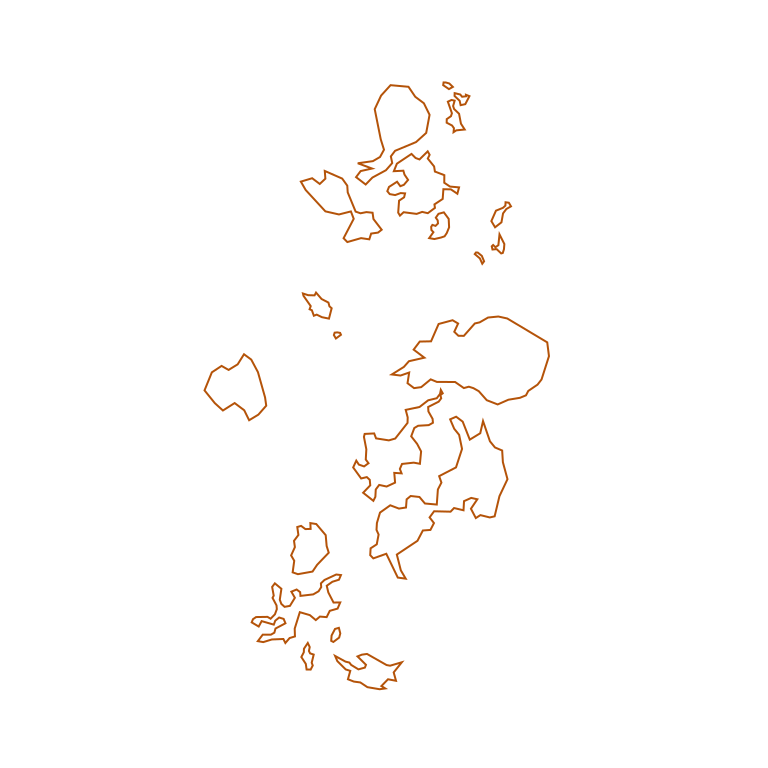 Wando-gun, South Jeolla, South Korea (Albers equal-area conic projection), rotated 127°
{"feature_id": "91817680B85222249357664", "entity_name": "Wando-gun", "entity_type": "district", "adm_level": 2, "iso_a3": "KOR", "parent_name": "South Korea", "parent_adm1": "South Jeolla", "projection": "albers", "projection_center": [126.779, 34.287], "detail": "fine", "context": "isolated", "style": "outline", "palette": "amber", "viewbox_px": 768, "rotation_deg": 127, "n_neighbors": 0, "source": "geoboundaries", "source_scale": "gbopen_adm2", "svg_char_len": 6174}
<svg xmlns="http://www.w3.org/2000/svg" viewBox="0 0 768 768"><g transform="rotate(127 384 384)"><path d="M302.7,264.6L292.1,261.0L285.6,260.9L262.5,269.0L252.5,278.7L257.5,325.0L261.3,333.3L268.3,340.9L277.2,344.7L281.0,347.9L297.5,349.2L300.7,353.6L300.0,359.3L291.1,361.2L291.8,367.6L303.2,376.5L321.6,372.1L328.6,381.0L338.7,381.0L338.7,367.6L350.8,377.8L358.4,378.4L371.7,383.5L367.3,375.9L359.7,370.8L369.2,365.7L369.2,357.5L364.1,352.4L352.2,349.5L350.5,343.0L339.6,328.4L339.2,317.8L335.1,314.6L333.5,310.1L332.7,304.0L335.1,292.2L331.9,280.9L321.7,275.2L313.2,267.1L307.6,263.8L302.7,264.6ZM422.5,245.8L419.9,240.1L431.3,239.5L435.8,230.0L430.7,228.1L426.9,219.2L423.1,216.0L404.1,224.3L385.7,228.1L374.9,242.0L366.0,249.6L367.9,257.2L366.0,264.9L354.0,282.6L365.4,277.5L376.8,282.0L366.7,298.5L366.7,306.7L372.4,309.9L377.5,301.0L379.4,293.4L388.9,282.6L407.3,276.3L424.4,284.5L428.2,278.8L435.8,277.5L448.5,269.3L454.8,279.4L452.9,287.7L457.4,295.3L462.5,296.5L469.4,292.1L474.5,297.1L477.1,306.0L489.1,309.8L499.3,306.0L505.0,302.2L507.5,297.7L516.4,293.3L523.3,295.8L529.0,292.0L529.7,287.6L518.2,280.0L530.3,256.5L526.4,249.5L522.7,258.4L512.5,271.1L489.1,262.9L477.6,264.8L472.6,259.1L465.0,260.4L463.1,267.3L455.5,267.4L445.9,254.0L440.9,253.4L437.0,244.5L429.4,249.6L422.5,245.8ZM171.5,504.0L158.1,501.4L141.6,509.6L135.8,521.1L135.8,531.9L131.9,543.3L141.4,558.6L155.4,559.9L170.1,556.8L190.5,533.9L196.9,525.0L205.1,523.8L212.7,527.0L223.5,537.8L219.1,523.2L228.0,530.8L235.6,530.8L235.7,518.7L226.1,517.5L212.1,511.1L202.6,510.4L198.1,515.5L191.1,515.5L171.5,504.0ZM437.0,321.5L428.9,312.9L426.1,307.3L415.5,313.8L411.9,321.5L409.4,330.8L400.9,333.3L396.8,331.6L389.9,323.5L385.5,321.6L382.6,324.2L379.2,332.0L375.8,334.9L365.2,329.7L361.0,329.7L358.9,332.3L356.1,331.5L354.5,335.1L358.2,333.3L363.6,333.3L370.4,338.9L381.0,341.8L391.6,351.1L396.4,345.0L400.9,341.8L420.8,342.2L426.1,346.2L432.2,357.6L429.4,362.1L435.5,369.4L438.3,368.2L446.8,358.8L455.3,353.1L456.6,348.7L461.8,350.3L463.5,355.6L461.9,360.0L469.2,358.4L473.2,345.4L468.7,341.7L469.1,337.7L473.2,334.0L483.4,335.2L483.7,322.2L479.3,323.0L473.2,327.1L467.5,327.1L464.3,320.2L456.1,315.8L448.8,322.3L444.8,316.2L442.3,320.2L437.0,321.5ZM501.1,507.6L502.1,496.7L489.1,491.8L489.1,479.8L494.1,469.9L484.1,465.9L472.2,465.0L466.3,470.9L450.4,491.8L444.4,504.7L444.5,513.7L456.4,512.7L466.3,516.6L467.3,524.6L478.3,528.5L497.1,523.5L501.1,507.6ZM188.3,447.7L187.9,439.9L181.8,442.4L186.6,450.1L187.0,457.0L180.9,461.5L183.7,471.2L180.1,474.9L177.6,484.7L173.5,485.5L171.9,489.1L183.3,490.8L184.5,494.8L183.7,500.5L200.3,506.3L208.1,504.2L202.0,496.9L204.4,493.7L206.5,487.6L213.0,488.0L216.2,490.0L214.6,495.3L223.6,498.6L228.0,497.4L228.9,493.7L226.4,488.8L221.5,485.6L219.1,481.9L222.8,480.3L228.5,482.3L238.6,475.8L239.9,472.6L235.0,471.7L228.5,460.3L223.6,457.1L221.2,451.8L212.7,449.3L210.2,451.8L200.9,448.5L192.7,453.8L188.3,447.7ZM591.3,285.9L584.8,287.5L588.9,292.8L584.0,303.0L579.6,308.3L573.0,306.2L567.4,302.2L562.5,303.4L564.9,307.5L576.3,313.6L581.2,314.4L584.0,311.9L588.9,311.5L594.6,313.9L603.5,323.2L600.7,325.7L600.7,330.1L605.6,333.0L608.4,326.5L617.8,325.6L621.8,329.3L621.4,333.7L619.0,337.4L609.3,342.7L608.9,351.2L613.4,351.2L619.4,344.7L621.9,344.3L625.5,336.6L628.3,334.1L633.6,332.5L639.7,333.3L640.1,336.9L647.1,345.9L650.7,347.1L654.0,346.2L653.1,338.1L647.0,339.0L642.5,327.2L638.5,328.4L633.6,327.2L632.0,322.8L634.4,318.7L644.6,323.5L648.6,321.9L652.3,323.5L657.2,330.0L665.3,330.0L662.8,325.1L655.5,319.8L648.2,310.9L650.2,306.9L643.7,306.5L639.2,303.2L633.1,308.1L616.9,313.9L613.2,304.1L613.6,296.4L608.3,295.2L604.7,289.5L597.8,290.8L591.3,285.9ZM266.7,479.9L262.2,478.7L258.6,491.7L254.1,496.2L257.3,501.5L261.8,505.5L263.4,510.4L252.8,528.3L247.7,532.7L245.1,541.0L249.5,559.5L255.3,554.4L262.9,555.7L262.9,565.2L272.4,572.2L276.2,563.3L281.4,534.7L275.7,522.0L266.1,514.3L270.3,507.6L291.9,504.0L292.7,498.7L281.3,490.1L277.3,482.8L271.6,484.8L266.7,479.9ZM568.6,328.6L552.0,326.6L547.9,332.3L539.8,339.6L536.6,353.8L539.4,359.1L543.9,355.4L547.2,359.5L547.2,364.8L550.4,367.2L556.1,361.5L563.4,361.5L567.9,357.0L576.8,355.0L579.2,349.3L589.4,343.6L587.7,338.3L576.8,328.2L568.6,328.6ZM613.8,195.8L608.5,202.7L595.5,202.3L605.3,209.6L606.9,212.8L609.8,235.1L613.5,238.8L617.5,241.2L619.1,229.4L622.0,228.6L627.3,232.7L628.1,241.2L627.3,244.0L628.9,247.7L630.6,259.4L633.4,254.5L635.0,242.8L633.4,238.3L641.5,235.1L639.8,229.0L636.6,223.3L636.1,214.8L630.4,203.8L626.4,199.8L626.8,204.3L617.4,203.1L613.8,195.8ZM362.0,501.4L365.9,489.4L369.1,488.4L368.5,486.0L371.7,481.1L369.1,479.5L368.0,473.8L364.9,467.3L355.0,471.4L354.8,474.3L352.4,477.4L353.7,485.0L351.9,493.3L355.0,492.8L358.7,498.0L360.5,503.2L362.0,501.4ZM233.0,435.9L240.3,435.7L237.9,431.0L232.7,426.6L229.6,424.5L225.7,424.7L219.7,426.3L213.2,431.7L210.9,439.5L215.3,442.9L220.0,442.7L221.0,439.6L223.3,437.5L226.7,438.0L227.8,441.1L230.1,440.9L232.5,438.8L233.0,435.9ZM137.6,491.2L136.6,485.2L137.6,482.1L141.0,480.0L137.9,478.9L132.2,472.7L129.8,479.2L123.0,486.7L122.2,493.5L120.4,496.1L115.2,498.1L116.5,501.0L120.1,502.9L126.9,492.7L129.8,491.7L134.7,493.3L137.6,491.2ZM192.0,389.6L184.2,387.5L176.1,391.6L170.6,391.6L165.7,389.5L164.1,393.4L165.7,396.3L168.5,394.4L171.7,395.0L178.2,398.9L189.3,396.3L192.0,389.6ZM643.6,288.6L646.5,286.6L651.8,285.7L654.6,278.0L658.6,274.0L656.2,270.7L651.7,271.5L650.1,274.0L642.4,277.3L643.6,280.9L642.4,283.3L638.8,285.0L636.7,289.0L643.6,288.6ZM211.3,378.3L208.5,375.2L209.2,369.0L207.9,368.0L204.2,369.3L199.8,372.1L195.0,381.8L204.3,376.2L207.7,377.3L207.3,380.5L209.2,380.8L211.3,378.3ZM115.2,490.6L111.6,487.5L102.7,489.0L103.7,492.6L104.8,491.6L107.6,494.5L106.9,497.3L109.2,502.6L111.5,501.0L112.3,494.0L115.2,490.6ZM616.4,274.5L620.9,271.6L620.5,269.2L613.5,267.2L609.5,268.8L605.9,273.3L609.1,275.7L616.4,274.5ZM225.6,389.7L226.0,383.0L228.8,377.9L225.8,377.9L222.8,383.0L222.6,388.2L223.6,389.7L225.6,389.7ZM109.7,516.6L109.4,509.6L105.3,507.8L104.7,512.7L106.0,516.1L107.3,517.9L109.7,516.6ZM375.1,453.5L376.6,449.8L370.6,448.0L369.6,449.8L370.9,452.4L372.7,454.3L375.1,453.5Z" fill="none" stroke="#b45309" stroke-width="2"/></g></svg>